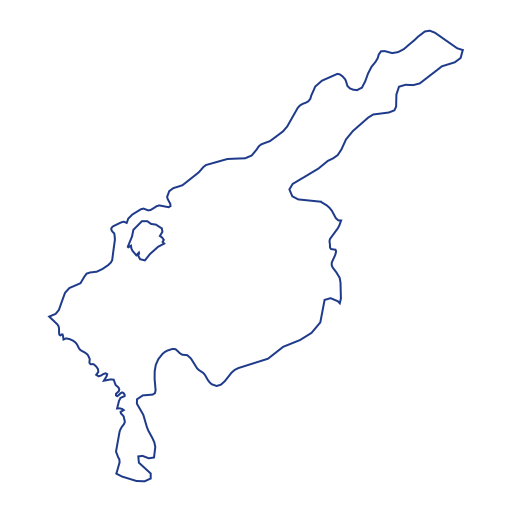 an SVG outline of Tashkent
{"feature_id": "UZB-372", "entity_name": "Tashkent", "entity_type": "Region", "adm_level": 1, "iso_a3": "UZB", "parent_name": "Uzbekistan", "parent_adm1": "", "projection": "orthographic", "projection_center": [69.658, 41.236], "detail": "fine", "context": "isolated", "style": "outline", "palette": "blue", "viewbox_px": 512, "rotation_deg": 0, "n_neighbors": 0, "source": "natural_earth", "source_scale": "10m", "svg_char_len": 4771}
<svg xmlns="http://www.w3.org/2000/svg" viewBox="0 0 512 512"><path d="M462.3,49.9L462.8,50.0L460.6,58.0L454.8,62.3L441.9,66.3L419.8,83.4L413.3,85.1L405.5,84.8L399.0,86.7L396.4,94.5L396.1,106.7L394.4,110.3L388.9,112.5L373.2,114.5L368.3,117.5L352.8,131.1L346.0,139.4L341.4,149.5L337.7,155.1L333.0,158.4L327.8,160.9L318.4,168.6L292.7,183.9L289.4,189.4L292.3,196.3L298.2,199.4L320.7,201.7L320.8,201.7L320.8,201.8L326.8,205.4L329.5,207.8L331.9,210.8L335.8,218.1L338.3,220.4L341.1,220.5L339.3,225.5L337.9,228.2L330.1,238.8L329.7,240.0L329.5,241.5L329.9,244.0L330.0,247.3L330.5,248.4L331.1,249.1L335.5,249.7L336.1,251.4L335.4,254.4L334.9,255.7L331.9,262.2L331.7,263.5L331.7,264.9L332.1,266.4L333.1,268.1L336.4,272.4L339.7,277.9L340.5,282.6L340.9,298.4L339.8,303.3L337.8,301.2L330.6,298.2L324.6,299.9L320.3,322.4L311.5,332.9L299.9,340.1L283.2,346.8L268.0,358.7L238.3,368.1L234.7,369.9L231.6,372.6L224.8,381.2L220.9,384.7L216.6,386.0L211.6,384.2L209.6,382.3L207.9,380.1L205.0,375.0L203.2,372.9L199.1,370.2L197.2,368.5L191.0,358.6L187.3,355.2L182.2,354.7L179.7,353.1L177.6,351.0L175.5,349.2L172.6,348.9L167.3,350.6L164.8,352.0L162.5,353.9L158.3,359.2L155.8,364.8L154.7,371.2L154.6,379.0L155.6,390.3L154.9,393.2L152.6,394.6L142.8,395.4L137.0,399.3L136.9,403.7L143.3,414.8L146.8,426.8L148.3,430.6L152.5,438.3L154.3,442.3L155.3,447.0L154.0,457.5L148.8,458.3L142.6,455.9L138.3,456.4L138.9,462.7L150.7,473.5L150.7,478.5L144.6,481.3L136.5,481.0L121.9,476.5L116.3,473.6L117.2,470.8L119.6,462.3L119.3,459.2L118.2,457.4L116.0,451.6L119.5,432.1L119.9,430.6L120.9,428.5L121.8,426.9L124.1,423.9L124.8,422.0L124.6,420.1L124.0,418.3L123.7,416.5L122.7,415.2L121.0,413.5L120.6,411.8L123.7,410.1L122.2,409.0L120.6,408.5L118.9,408.3L117.1,408.5L119.0,400.9L120.5,397.9L124.6,396.1L124.6,394.6L123.6,393.1L122.1,392.4L120.5,393.3L118.8,395.0L117.2,396.2L116.0,395.4L116.0,393.8L118.7,391.3L119.3,389.5L118.5,387.5L115.6,385.0L113.7,379.7L110.7,379.4L103.9,380.7L106.5,376.4L107.2,374.2L105.6,373.3L103.2,374.1L100.9,375.6L98.6,376.3L96.2,374.8L98.3,372.0L98.0,369.1L96.2,366.5L94.0,364.5L92.9,364.1L91.7,364.2L90.6,364.2L89.6,363.1L89.4,362.2L89.7,359.7L89.6,358.7L88.0,355.3L87.1,354.2L85.3,352.8L81.1,350.5L80.0,349.7L78.8,348.0L77.0,344.4L75.5,342.5L73.1,340.7L69.6,339.1L66.1,338.4L63.5,339.5L63.0,335.8L62.5,334.4L61.8,334.4L60.4,335.4L59.5,334.9L59.1,333.3L59.0,328.2L58.5,326.1L57.2,324.2L49.2,316.6L50.6,316.0L55.6,313.9L57.3,311.9L58.9,309.9L61.9,301.4L65.0,292.9L67.2,290.4L69.4,288.0L75.0,285.6L80.5,283.2L82.5,279.8L84.6,276.3L85.6,275.0L86.6,273.6L88.3,273.1L90.0,272.5L93.4,272.1L96.8,271.7L99.7,270.3L102.6,268.9L105.4,267.0L108.2,265.1L109.5,263.8L110.9,262.5L111.6,261.2L112.2,260.0L113.5,249.9L114.9,239.8L114.8,238.0L114.7,236.3L114.5,235.0L114.3,233.8L114.1,233.4L113.9,233.0L113.5,232.7L113.1,232.4L112.4,231.5L111.6,230.5L111.4,229.7L111.2,228.8L111.6,228.0L112.0,227.3L112.6,226.7L113.3,226.2L117.0,224.4L120.7,222.6L122.2,222.1L123.7,221.7L125.2,222.3L126.7,222.9L127.5,220.7L128.3,218.5L130.3,216.6L132.2,214.6L136.6,211.9L141.0,209.2L142.3,208.9L143.6,208.6L145.9,209.5L148.3,210.4L149.4,210.2L150.6,210.0L153.7,208.1L156.8,206.1L158.0,205.8L159.2,205.4L163.9,206.3L168.7,207.2L169.6,206.6L170.5,206.1L170.4,205.0L170.3,203.9L169.0,201.5L167.7,199.0L167.4,197.9L167.1,196.8L168.2,194.0L169.2,191.2L171.3,189.6L173.4,188.1L178.0,186.7L182.5,185.2L190.6,178.8L198.7,172.4L201.0,169.8L203.3,167.1L204.6,166.1L206.0,165.0L216.7,162.0L227.4,159.0L236.3,158.6L245.1,158.3L248.4,156.9L251.7,155.5L254.1,152.6L256.5,149.7L257.6,148.1L258.7,146.4L259.9,145.4L261.2,144.4L265.6,142.7L270.0,141.1L276.6,136.2L283.2,131.2L285.1,128.9L287.2,126.5L292.5,117.1L297.8,107.8L298.9,106.6L300.1,105.4L301.4,104.6L302.8,103.8L304.2,103.3L305.6,102.8L306.9,102.1L308.2,101.4L309.2,100.2L310.2,99.1L310.8,97.2L311.3,95.4L313.3,91.0L315.2,86.6L318.5,83.7L321.9,80.7L329.6,77.3L337.3,73.9L338.4,74.1L339.6,74.3L341.1,75.3L342.5,76.3L343.8,77.8L345.1,79.2L345.7,80.5L346.2,81.9L346.8,83.9L347.4,85.9L348.6,87.1L349.9,88.4L351.5,89.0L353.2,89.7L355.1,89.9L357.0,90.2L359.4,88.9L361.9,87.7L363.5,84.6L365.2,81.4L366.6,77.5L368.0,73.6L369.8,70.1L371.6,66.6L373.8,64.0L375.9,61.3L376.7,59.8L377.6,58.4L378.2,56.4L378.8,54.4L379.9,52.9L381.0,51.3L382.9,51.2L384.8,51.1L388.5,52.1L392.1,53.1L395.1,52.6L398.1,52.1L401.0,50.6L404.0,49.0L409.2,44.5L414.5,40.1L417.9,36.8L424.8,31.5L429.8,30.7L434.9,32.7L457.2,48.3L462.3,49.9ZM144.9,260.4L150.0,254.0L158.2,246.7L164.2,243.6L162.6,241.9L163.8,239.9L162.1,237.5L159.9,236.0L162.4,231.8L161.8,228.4L155.9,224.6L151.0,223.9L147.3,221.2L141.9,221.2L133.4,229.8L132.0,236.5L127.8,246.8L128.3,247.3L131.0,245.7L131.3,248.3L132.4,250.7L136.3,255.3L138.9,252.6L139.1,253.5L138.1,255.6L140.1,259.2L144.9,260.4Z" fill="none" stroke="#1e3a8a" stroke-width="2"/></svg>